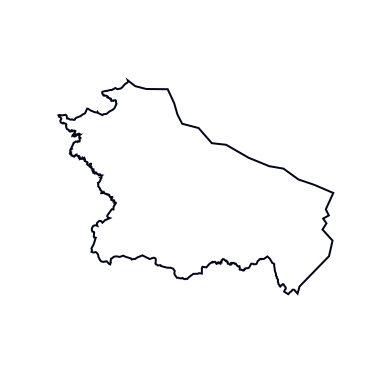 Ahafo Ano South East, Ashanti, Ghana, rotated 106°
{"feature_id": "2480657B91945870955547", "entity_name": "Ahafo Ano South East", "entity_type": "district", "adm_level": 2, "iso_a3": "GHA", "parent_name": "Ghana", "parent_adm1": "Ashanti", "projection": "mercator", "projection_center": [-1.89, 6.904], "detail": "fine", "context": "isolated", "style": "outline", "palette": "ink", "viewbox_px": 384, "rotation_deg": 106, "n_neighbors": 0, "source": "geoboundaries", "source_scale": "gbopen_adm2", "svg_char_len": 6124}
<svg xmlns="http://www.w3.org/2000/svg" viewBox="0 0 384 384"><g transform="rotate(106 192 192)"><path d="M154.0,55.9L151.4,76.6L150.6,93.2L144.3,110.5L145.9,124.8L143.5,146.9L137.2,172.2L139.6,186.4L128.7,203.3L129.1,220.3L121.6,227.3L111.4,233.7L99.9,243.7L105.6,264.4L105.9,275.7L102.4,284.5L103.4,283.8L104.4,284.1L106.7,286.1L110.5,287.9L112.1,289.0L113.7,292.0L113.2,294.2L113.7,295.0L114.7,295.6L115.3,296.7L116.1,297.2L116.6,299.0L118.3,301.6L118.4,302.4L120.3,305.7L121.6,305.7L123.5,303.8L123.2,303.1L123.6,302.9L123.0,300.5L123.5,299.4L124.3,299.5L124.4,299.1L124.1,299.0L124.1,298.5L124.6,298.2L124.5,297.4L125.0,296.8L124.6,296.2L124.8,295.5L126.6,294.7L126.6,294.3L126.1,294.0L126.1,292.8L125.5,292.5L125.2,291.2L124.9,290.9L125.4,290.1L127.6,289.4L128.0,288.9L132.8,289.6L134.8,290.9L137.4,293.6L140.4,295.6L141.6,298.5L142.8,299.3L141.9,304.2L141.1,304.9L141.8,305.1L142.1,307.7L141.6,311.7L140.6,315.0L140.8,315.8L145.8,316.5L147.7,318.5L149.9,320.2L152.5,323.7L153.5,324.4L154.9,324.7L155.4,325.9L155.2,326.6L155.4,327.7L155.9,328.4L155.9,329.6L155.5,330.8L155.8,332.3L153.3,333.5L152.6,334.8L154.2,338.0L154.5,340.7L155.0,341.4L155.3,340.9L156.0,340.8L155.9,340.2L156.4,340.0L156.5,339.2L157.5,337.8L160.1,338.2L161.4,337.1L161.7,335.0L161.5,334.5L161.0,334.5L161.2,332.1L161.7,331.4L163.0,331.5L163.9,330.7L164.7,330.7L166.1,329.4L166.1,328.1L166.4,327.4L167.1,327.0L167.5,325.9L166.7,325.5L167.0,324.9L166.8,324.6L166.3,324.9L165.8,324.7L165.8,324.0L166.3,323.6L165.3,321.9L165.6,320.9L167.7,320.9L168.1,321.6L168.8,321.2L170.0,322.4L170.9,322.4L170.5,321.9L171.2,321.1L170.9,319.9L169.0,319.4L169.0,319.1L169.7,319.2L169.7,318.8L169.2,318.8L169.0,318.3L168.1,318.3L167.0,316.7L167.2,316.1L167.6,316.5L168.2,316.3L167.9,315.4L168.6,315.9L169.7,315.7L170.0,315.4L170.8,315.3L170.5,314.4L170.6,314.2L170.9,314.1L171.3,314.7L173.9,314.0L174.4,314.1L174.4,314.8L175.4,315.6L175.0,316.0L175.4,316.3L175.5,317.6L177.4,319.3L177.9,319.1L179.1,319.7L180.0,319.4L181.7,320.0L182.6,319.9L183.4,319.3L183.6,319.7L183.1,319.9L183.6,320.3L184.3,320.0L184.7,320.5L185.3,320.2L186.8,320.7L186.3,320.2L186.5,319.9L187.9,320.0L187.7,319.4L188.3,319.6L188.6,319.0L188.8,319.4L189.2,319.4L189.3,319.0L189.0,318.5L190.2,317.7L190.5,315.2L189.7,315.1L189.8,314.6L188.1,313.8L187.9,313.4L188.6,313.3L188.5,312.3L189.1,311.4L188.6,310.9L188.6,310.4L190.2,310.0L189.8,309.3L191.1,308.9L190.6,308.4L190.9,308.0L190.5,307.2L189.7,307.0L190.3,306.6L190.1,305.7L189.2,305.7L188.9,305.3L189.4,305.1L189.3,304.5L190.0,304.1L190.0,304.4L190.8,304.4L191.8,303.6L192.2,300.9L192.6,300.4L193.8,300.6L193.8,300.3L194.6,300.0L195.0,298.4L194.5,297.9L193.3,297.9L192.6,297.0L193.0,296.2L193.0,296.5L193.9,296.8L194.1,297.2L194.8,297.4L194.8,297.7L195.7,297.5L196.1,296.7L195.6,296.0L196.0,295.8L195.8,295.5L197.2,294.9L197.4,293.1L198.5,293.6L198.6,293.3L198.9,293.5L199.5,293.1L199.2,291.6L199.5,291.3L200.1,291.4L200.2,292.0L200.7,292.1L201.0,290.6L199.3,290.2L199.8,290.1L199.7,289.3L200.6,288.9L200.9,287.4L200.5,285.6L201.3,285.8L200.9,283.3L201.4,283.7L202.4,283.0L203.4,283.3L203.5,283.7L203.8,283.0L205.1,283.4L206.6,283.4L208.1,283.9L209.2,284.9L209.9,284.3L210.6,284.3L211.9,283.7L212.3,283.8L214.0,281.4L215.1,281.0L215.7,279.6L216.5,278.8L218.1,278.9L217.5,277.0L217.3,277.2L216.3,276.8L217.5,275.3L217.7,274.4L217.4,273.8L217.8,273.2L217.6,272.8L217.8,272.3L217.4,272.1L217.5,270.9L218.0,270.9L218.9,270.0L219.0,269.0L219.3,269.0L218.9,267.8L219.3,267.9L219.6,267.1L220.2,267.3L220.5,268.0L221.8,267.5L222.0,266.3L221.4,264.9L222.0,264.3L223.0,264.6L223.2,262.7L224.3,263.2L224.3,262.3L227.7,263.3L230.4,262.7L230.6,264.2L231.0,264.5L237.5,266.8L238.6,266.9L239.8,265.5L239.8,263.9L243.2,267.9L246.2,269.6L245.1,271.3L245.2,272.8L245.8,273.6L248.2,274.8L249.8,274.3L250.6,273.7L250.4,275.2L251.6,277.4L253.1,278.0L254.9,278.2L256.4,277.7L257.5,276.8L257.5,275.2L257.8,274.9L262.0,274.1L262.6,273.5L262.5,271.9L269.5,272.1L274.0,273.1L275.3,272.2L277.2,272.1L277.4,270.1L276.3,268.1L276.4,267.5L277.5,265.7L278.2,265.0L280.4,263.9L283.2,261.2L283.7,260.2L283.6,257.9L282.1,255.0L284.0,251.8L284.1,250.7L282.9,250.9L282.1,250.5L281.2,251.2L278.3,251.4L277.7,250.5L276.1,249.6L275.6,248.9L274.7,247.0L274.3,243.6L272.1,240.4L272.6,238.4L272.7,232.4L273.5,231.4L272.3,229.4L272.0,228.2L270.0,226.5L266.6,222.2L268.1,214.2L265.7,210.7L265.9,208.7L267.4,208.0L270.9,207.4L271.5,206.6L271.4,206.0L272.1,204.8L271.0,202.2L271.7,201.4L271.7,199.2L271.6,195.1L270.7,191.6L270.9,189.1L272.7,186.8L274.9,186.6L276.1,186.0L278.6,182.9L278.2,181.5L278.2,178.9L277.2,177.3L277.8,176.3L277.6,174.3L277.0,173.9L276.9,172.6L274.3,171.2L270.3,168.1L269.0,163.9L268.1,162.9L267.7,160.0L262.6,161.5L261.6,161.5L261.0,161.2L260.5,157.4L256.4,155.5L253.6,153.2L254.0,152.5L253.1,151.7L252.8,150.6L253.3,149.4L253.6,149.6L254.3,148.6L253.8,148.0L253.0,148.1L252.3,147.1L253.1,146.2L252.9,145.2L252.5,145.2L252.7,144.9L251.4,144.9L251.4,144.5L251.2,144.6L250.9,144.3L249.5,144.7L248.8,144.1L247.9,143.8L248.0,142.2L248.5,141.8L248.5,140.9L249.1,140.4L248.7,139.8L249.1,139.6L249.2,138.9L249.5,139.0L250.2,138.1L250.7,138.0L251.1,137.5L250.8,137.0L251.5,135.4L251.1,134.7L250.8,134.8L250.2,134.1L249.5,134.8L249.1,134.2L248.7,132.0L249.0,131.7L248.8,131.3L249.4,130.6L248.9,130.0L250.6,128.0L250.9,126.7L250.5,126.7L250.2,126.0L251.9,125.1L253.2,124.9L253.5,124.5L253.1,123.4L253.4,121.5L252.9,121.5L252.5,121.0L252.6,120.4L252.3,120.5L251.3,119.7L251.0,119.9L250.5,119.2L249.5,116.6L247.6,115.9L245.1,115.5L244.5,115.0L244.2,113.8L244.5,113.0L243.8,110.7L243.1,110.1L240.3,109.8L239.0,108.8L238.2,108.6L237.5,107.9L237.6,107.0L237.1,106.8L236.7,104.8L236.3,104.2L233.2,101.8L234.6,98.9L238.1,95.2L238.2,93.9L238.7,93.0L239.5,93.0L245.5,90.3L247.5,88.7L249.2,88.3L250.2,87.0L251.3,86.8L252.5,85.2L254.6,84.7L256.9,83.2L257.5,82.1L258.0,82.0L258.6,81.1L255.5,79.3L255.6,78.6L257.9,75.7L259.2,75.2L260.4,75.8L262.4,75.9L263.7,71.3L261.1,70.1L260.0,69.0L258.7,68.7L258.1,68.2L257.8,66.9L260.6,62.5L253.2,62.6L215.9,42.6L200.0,43.5L192.1,56.2L185.1,54.1L181.4,58.6L176.8,54.0L171.8,58.6L154.0,55.9Z" fill="none" stroke="#020617" stroke-width="2"/></g></svg>